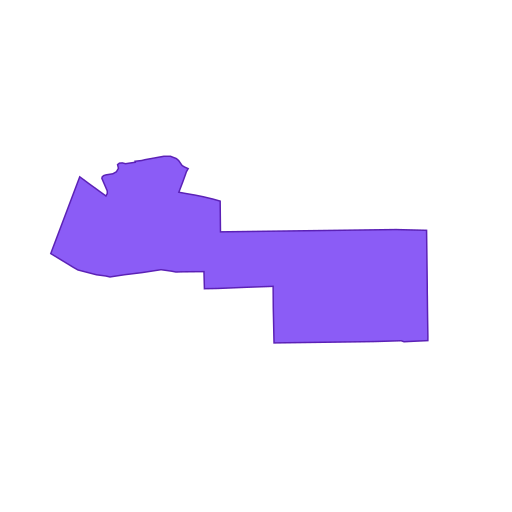 outline of Poroschia, Teleorman, Romania, rotated 219°
{"feature_id": "2599482B54439114477168", "entity_name": "Poroschia", "entity_type": "district", "adm_level": 2, "iso_a3": "ROU", "parent_name": "Romania", "parent_adm1": "Teleorman", "projection": "albers", "projection_center": [25.313, 43.915], "detail": "fine", "context": "isolated", "style": "filled", "palette": "violet", "viewbox_px": 512, "rotation_deg": 219, "n_neighbors": 0, "source": "geoboundaries", "source_scale": "gbopen_adm2", "svg_char_len": 1181}
<svg xmlns="http://www.w3.org/2000/svg" viewBox="0 0 512 512"><g transform="rotate(219 256 256)"><path d="M162.6,365.6L163.3,365.1L298.8,252.4L318.4,276.1L325.4,273.1L330.4,270.7L334.4,268.8L341.5,265.1L350.4,260.1L356.1,257.0L359.4,267.1L362.1,274.9L363.1,277.6L363.7,281.2L367.5,280.2L370.4,279.8L376.2,281.5L379.1,281.6L385.2,279.7L390.4,275.5L402.8,261.1L404.9,258.3L409.6,253.5L408.8,252.9L415.5,245.6L418.5,244.2L420.6,242.2L421.1,239.9L418.1,237.6L417.5,233.6L419.0,229.8L423.6,224.7L425.0,222.6L425.3,220.7L424.6,219.3L412.6,213.0L410.9,211.0L410.4,208.2L431.1,207.1L442.8,206.6L418.5,133.1L417.0,128.7L403.0,130.6L391.0,132.2L385.6,133.1L368.2,141.0L360.2,145.9L356.3,147.8L346.4,158.7L334.0,171.5L321.2,185.6L312.2,191.0L308.1,193.2L304.2,196.6L294.3,204.8L286.6,211.1L275.5,198.1L274.6,198.9L270.4,202.4L265.3,206.7L243.5,225.9L223.6,243.2L209.8,226.4L200.4,215.3L187.3,199.8L137.9,240.9L121.2,254.8L110.9,263.4L107.5,266.3L89.9,281.5L87.0,282.5L84.9,284.4L78.1,290.5L69.2,298.4L71.5,301.3L81.7,313.5L90.1,323.6L97.3,332.3L99.0,334.3L101.8,337.7L103.4,339.7L103.9,340.3L139.6,383.3L154.4,371.9L162.6,365.6Z" fill="#8b5cf6" stroke="#5b21b6" stroke-width="1.5"/></g></svg>